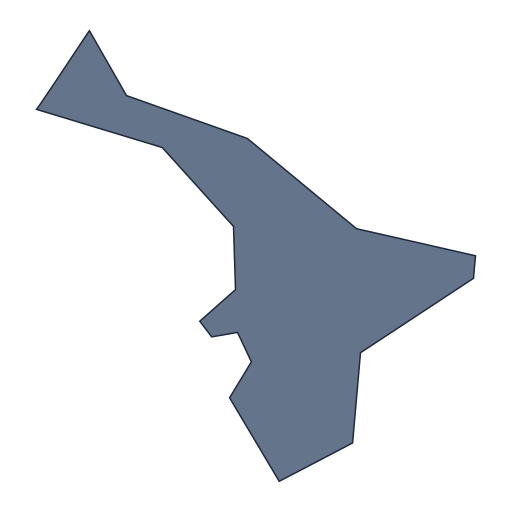 Malakal, Upper Nile, South Sudan
{"feature_id": "79223893B90064315418203", "entity_name": "Malakal", "entity_type": "district", "adm_level": 2, "iso_a3": "SSD", "parent_name": "South Sudan", "parent_adm1": "Upper Nile", "projection": "robinson", "projection_center": [31.585, 9.673], "detail": "fine", "context": "isolated", "style": "filled", "palette": "slate", "viewbox_px": 512, "rotation_deg": 0, "n_neighbors": 0, "source": "geoboundaries", "source_scale": "gbopen_adm2", "svg_char_len": 409}
<svg xmlns="http://www.w3.org/2000/svg" viewBox="0 0 512 512"><path d="M331.9,453.8L352.6,442.9L360.5,352.7L473.5,278.3L475.5,255.8L356.5,228.7L247.4,138.5L126.5,95.6L89.4,30.7L87.0,34.2L70.9,58.4L56.3,80.4L39.2,105.7L36.5,109.4L162.2,147.5L233.5,226.4L235.5,289.6L199.8,321.2L211.7,336.9L237.5,332.4L251.4,361.8L229.6,397.8L279.2,481.3L331.9,453.8Z" fill="#64748b" stroke="#1e293b" stroke-width="1.5"/></svg>